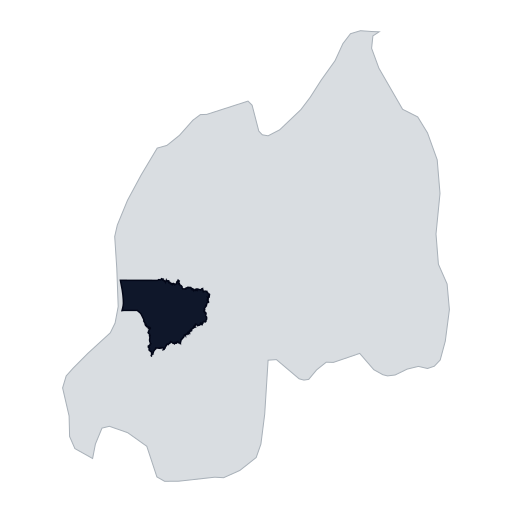 Karongi, Western, Rwanda (highlighted)
{"feature_id": "39286606B2179123121438", "entity_name": "Karongi", "entity_type": "district", "adm_level": 2, "iso_a3": "RWA", "parent_name": "Rwanda", "parent_adm1": "Western", "projection": "equal_earth", "projection_center": [29.451, -2.174], "detail": "fine", "context": "in_parent", "style": "filled", "palette": "ink", "viewbox_px": 512, "rotation_deg": 0, "n_neighbors": 0, "source": "geoboundaries", "source_scale": "gbopen_adm2", "svg_char_len": 7086}
<svg xmlns="http://www.w3.org/2000/svg" viewBox="0 0 512 512"><path d="M200.4,114.6L206.7,114.4L248.0,101.1L252.1,105.2L258.8,131.1L262.3,134.8L268.1,135.8L279.7,129.8L300.9,109.6L310.2,97.3L321.2,80.1L335.1,60.6L342.9,43.6L350.5,33.7L360.5,30.7L371.5,31.5L379.2,31.8L372.9,35.9L371.6,48.3L378.9,68.2L402.6,109.3L417.7,116.9L427.5,132.9L437.2,159.8L440.0,193.5L436.0,234.0L438.4,264.2L447.1,284.0L449.4,309.6L445.3,341.1L440.2,360.0L434.3,366.2L427.5,368.5L418.4,366.4L407.2,369.1L395.1,375.0L387.5,375.9L382.8,374.7L373.8,369.7L359.7,353.4L333.4,362.4L326.2,362.2L316.6,369.9L308.7,379.4L303.9,380.1L299.1,378.8L276.4,359.6L268.1,360.2L264.7,414.2L260.9,444.1L256.2,457.5L239.9,470.4L223.6,477.7L214.7,477.2L178.7,481.2L164.6,481.3L156.9,476.9L146.8,446.3L127.7,432.7L109.4,426.3L102.0,428.1L95.4,444.1L92.6,458.5L74.9,448.6L69.6,436.5L69.1,416.0L62.6,387.9L66.2,375.9L73.1,368.2L87.9,353.3L110.3,332.8L115.1,323.0L118.2,306.6L116.8,268.6L114.7,236.5L117.3,225.1L127.5,200.3L141.2,174.9L157.2,148.1L166.9,145.4L179.5,135.3L192.9,120.2L200.4,114.6Z" fill="#d9dde1" stroke="#a8b0b8" stroke-width="1"/><path d="M197.6,325.7L199.1,325.1L199.6,325.1L200.1,324.5L200.4,323.5L200.7,324.0L201.0,323.6L201.6,324.4L202.0,324.7L202.3,324.0L202.0,323.4L202.3,322.6L202.9,322.8L202.9,322.2L203.5,321.9L204.0,321.3L204.5,321.8L205.4,321.9L206.0,321.1L205.8,320.4L206.6,319.2L206.5,318.7L206.7,318.1L206.6,317.8L206.6,317.1L206.4,316.8L206.0,316.8L205.7,316.1L205.6,314.9L205.9,314.5L205.8,314.1L206.0,313.4L205.7,313.4L205.7,312.9L205.5,312.6L205.4,312.6L205.3,313.0L204.8,312.8L204.7,311.6L203.9,311.6L204.1,310.4L204.7,309.9L204.7,309.7L204.4,309.8L204.4,309.6L204.5,309.1L204.3,308.6L204.6,308.0L205.2,307.3L205.5,306.8L205.7,306.7L206.1,306.0L206.4,305.8L206.3,305.4L206.0,305.2L206.4,304.9L206.3,304.5L206.8,304.0L206.8,303.1L207.3,302.6L207.9,302.5L207.9,302.1L208.5,302.1L208.5,301.8L208.3,301.5L208.3,301.2L208.1,300.9L207.9,301.1L207.6,301.0L207.7,300.6L207.3,300.3L207.2,299.7L207.4,299.3L207.6,299.5L207.6,300.2L207.7,300.4L208.0,300.2L208.2,298.9L207.8,297.9L208.2,298.2L208.4,297.3L209.1,297.2L209.2,296.5L208.7,296.5L208.5,295.8L208.9,295.5L209.2,295.8L209.5,294.8L209.5,294.3L209.3,294.1L208.7,294.2L208.3,293.9L207.8,292.9L207.2,292.4L206.8,291.3L206.2,291.4L206.1,291.6L205.6,291.2L205.0,291.1L203.3,291.8L203.0,290.1L202.8,289.6L202.6,289.7L202.4,289.2L202.5,288.6L201.8,288.8L201.1,289.8L200.6,290.1L200.1,289.6L198.9,289.6L198.1,289.1L197.5,289.0L196.9,289.1L197.1,289.3L197.4,289.3L197.6,289.6L197.4,290.2L197.2,290.5L196.8,290.0L196.4,290.2L196.1,289.5L195.9,289.8L195.6,289.6L195.4,290.1L195.1,289.8L195.0,290.1L194.8,289.9L194.3,290.1L194.0,289.9L193.7,290.7L193.5,290.4L193.1,290.1L193.4,289.7L193.3,289.2L192.6,288.7L192.0,289.0L191.8,288.7L191.6,289.1L190.8,287.7L190.6,287.9L190.1,287.5L189.8,287.5L189.6,287.7L188.9,287.3L188.5,287.8L188.2,287.7L188.0,287.8L187.7,287.4L187.1,287.9L186.2,287.9L185.8,288.3L186.0,288.9L185.9,289.1L185.5,289.2L184.9,288.9L184.7,289.1L184.1,288.9L182.7,288.9L182.6,288.6L182.1,288.1L182.1,287.9L181.8,287.7L182.1,287.0L181.8,286.4L181.5,286.3L181.3,285.8L180.8,285.6L180.6,285.3L180.2,285.3L180.0,284.9L179.4,284.6L179.2,284.3L179.3,283.8L178.4,283.9L178.3,283.4L178.6,283.2L179.0,282.2L179.0,281.3L179.2,281.0L178.2,280.2L178.1,280.7L177.7,280.9L177.4,281.5L177.0,281.6L177.0,282.1L176.7,282.6L176.3,283.8L175.9,284.0L175.6,284.4L175.0,284.7L175.0,284.3L174.7,284.0L174.0,283.8L173.9,284.0L173.5,283.6L173.3,283.9L172.6,283.7L172.5,284.2L172.6,284.5L172.4,284.8L171.7,284.5L171.4,283.4L170.8,283.4L170.8,283.9L170.3,283.7L170.2,282.8L169.9,282.4L169.5,282.4L169.3,282.1L169.0,282.1L168.7,282.4L168.6,282.0L168.8,281.3L168.7,280.8L168.0,280.8L167.9,281.4L167.6,281.3L167.0,280.7L166.8,281.0L166.5,280.9L166.3,280.4L166.1,281.2L165.8,281.3L165.5,282.0L165.3,281.1L164.5,281.4L164.2,280.5L163.7,280.5L163.3,280.1L162.7,280.2L162.6,279.8L162.9,279.8L162.9,279.3L163.0,279.3L163.1,279.1L162.8,279.0L162.6,279.1L162.0,279.2L161.6,278.7L161.4,278.8L161.4,279.0L161.2,279.4L160.8,279.7L160.4,280.0L158.9,279.6L158.5,279.7L157.8,280.4L120.4,280.3L122.2,289.8L122.9,294.8L123.3,299.7L123.4,303.3L123.2,305.5L122.7,308.0L122.0,310.6L123.8,310.4L137.2,310.4L140.3,313.0L141.1,314.0L143.7,319.3L144.0,320.3L143.7,321.0L144.6,322.1L144.5,322.4L144.6,322.8L145.0,323.0L145.3,323.8L145.5,323.9L145.4,324.3L145.2,324.5L145.3,324.8L145.5,325.2L145.7,324.9L146.0,324.9L145.9,324.6L146.1,324.5L146.5,325.8L146.7,326.5L146.9,326.7L147.2,326.4L147.8,326.6L147.9,327.3L148.2,327.6L148.3,328.0L148.6,327.6L149.2,327.5L149.2,327.3L149.6,327.4L149.7,327.7L149.9,327.7L149.9,328.0L150.0,327.7L150.3,327.8L150.4,328.1L150.3,328.6L149.5,328.5L149.3,329.8L149.0,330.7L148.6,331.0L148.6,331.7L148.3,332.1L148.1,332.5L148.4,333.1L149.5,333.9L149.5,334.3L149.7,334.6L149.5,334.8L149.5,335.3L150.0,335.4L150.2,335.7L149.6,336.7L149.9,337.4L149.9,338.0L149.6,339.2L149.6,340.6L149.8,340.9L149.8,341.6L150.2,342.3L150.4,343.4L150.8,343.7L150.6,344.1L150.2,344.2L149.9,344.8L150.0,345.1L149.3,345.4L149.1,346.1L148.4,346.0L148.3,346.4L148.3,347.1L148.5,347.4L148.6,347.7L149.5,348.2L149.5,348.4L149.0,349.9L150.2,351.1L151.3,351.6L151.3,352.0L151.5,352.3L151.4,352.7L151.5,353.2L151.7,353.4L151.7,354.0L152.2,354.2L151.7,354.4L151.2,355.3L151.2,355.5L151.3,355.8L151.5,356.0L151.8,356.2L152.1,356.3L151.4,355.9L151.2,355.4L151.3,355.2L151.8,354.4L152.7,354.1L153.0,353.4L152.9,353.1L153.3,352.5L153.4,351.7L154.7,349.7L155.1,349.5L155.3,349.1L155.8,348.8L155.8,348.1L156.1,348.2L156.5,347.9L159.6,348.3L160.4,347.7L161.0,348.3L161.6,347.5L162.7,347.5L163.0,347.6L163.0,348.0L163.4,349.1L163.2,349.7L163.9,349.5L164.2,349.3L164.2,348.8L164.4,348.5L164.4,348.2L164.9,348.1L164.8,347.8L165.1,347.7L165.5,346.7L165.8,346.4L165.7,346.1L166.1,345.7L166.3,345.2L166.5,345.2L166.5,344.8L167.0,344.1L167.5,343.9L168.2,344.5L168.9,343.5L169.4,343.5L170.0,343.1L170.4,342.1L170.4,341.7L170.6,341.5L171.6,341.9L171.8,342.4L172.8,342.9L173.0,343.3L173.6,343.4L173.9,343.2L174.2,343.3L174.5,343.8L175.1,343.2L175.9,343.2L175.6,342.6L176.0,342.7L176.2,342.4L176.5,342.7L176.8,342.2L177.2,342.1L177.8,341.6L178.2,342.8L179.4,342.8L179.8,343.2L180.2,342.5L180.4,342.8L180.4,342.5L180.8,341.7L180.6,341.2L181.0,340.2L180.9,339.9L181.0,339.7L181.4,339.7L181.5,339.1L182.2,338.9L182.9,337.5L183.3,337.6L183.5,337.2L183.9,336.8L183.8,336.5L184.3,335.6L184.3,335.2L184.5,334.8L185.1,334.6L185.5,335.3L185.5,335.1L185.9,334.5L186.9,334.1L186.9,333.7L187.2,333.7L187.5,333.1L187.6,333.5L187.7,333.3L187.8,333.5L188.3,333.5L188.5,333.7L188.5,332.6L188.8,332.1L188.9,332.6L189.4,332.9L189.1,331.8L189.4,331.1L189.8,331.1L190.1,331.3L190.3,330.5L190.8,330.8L190.8,330.3L191.1,330.4L191.2,330.0L191.5,330.1L191.4,329.7L191.6,329.8L191.8,329.4L191.8,329.0L192.3,328.7L192.6,328.2L193.2,328.0L193.6,327.0L193.8,327.5L194.1,327.0L194.3,327.4L194.9,327.2L194.5,327.0L194.2,326.3L194.5,326.1L194.6,326.4L194.8,326.5L195.1,326.1L194.8,325.4L195.0,325.1L195.3,325.2L195.5,324.2L195.9,324.4L196.4,324.2L196.8,324.3L197.1,325.1L197.2,325.6L197.6,325.7Z" fill="#0f172a" stroke="#020617" stroke-width="1.5"/></svg>